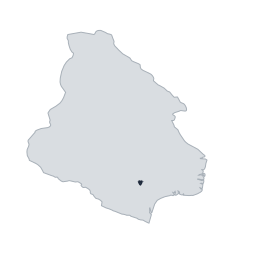 Ikere, Ekiti, Nigeria (highlighted), rotated 289°
{"feature_id": "59680162B84830000650933", "entity_name": "Ikere", "entity_type": "district", "adm_level": 2, "iso_a3": "NGA", "parent_name": "Nigeria", "parent_adm1": "Ekiti", "projection": "equal_earth", "projection_center": [5.272, 7.511], "detail": "fine", "context": "in_parent", "style": "filled", "palette": "slate", "viewbox_px": 256, "rotation_deg": 289, "n_neighbors": 0, "source": "geoboundaries", "source_scale": "gbopen_adm2", "svg_char_len": 4236}
<svg xmlns="http://www.w3.org/2000/svg" viewBox="0 0 256 256"><g transform="rotate(289 128 128)"><path d="M196.8,40.7L203.3,52.4L204.7,61.2L205.3,65.4L206.4,66.0L208.3,66.2L209.8,67.1L210.7,68.5L211.2,69.8L211.4,70.6L211.0,75.8L210.5,77.7L210.8,80.3L210.8,81.4L210.6,82.2L209.7,83.0L208.5,83.9L205.6,86.4L204.8,86.8L203.6,86.8L202.5,87.5L201.3,88.8L198.7,93.8L196.4,98.9L194.8,107.0L192.8,109.6L192.5,111.8L192.2,116.9L191.9,118.5L191.6,118.9L189.4,119.9L188.1,121.1L187.4,123.4L186.5,131.2L186.2,132.5L185.5,133.9L184.3,135.4L183.4,136.2L180.9,136.7L178.5,142.6L178.5,143.7L177.5,149.1L175.7,153.1L175.6,155.7L173.3,159.3L172.1,161.7L173.3,164.3L173.4,164.7L169.5,169.0L169.3,169.6L169.1,172.6L168.8,173.4L168.1,174.5L167.0,175.7L166.0,176.6L164.7,177.3L163.6,177.5L162.9,177.1L162.5,176.2L161.8,172.6L161.5,171.8L160.7,171.1L157.7,167.1L155.8,165.7L155.4,165.8L155.1,166.2L154.6,168.2L154.1,168.9L153.1,169.2L151.4,169.2L150.2,168.9L149.9,168.5L149.3,166.9L145.6,170.6L144.2,171.4L142.6,175.7L140.2,177.9L138.6,179.7L134.2,185.6L133.3,187.4L132.4,189.9L130.6,201.0L127.5,207.9L127.1,209.4L126.5,210.0L125.4,209.5L124.8,208.3L124.1,208.1L122.9,206.2L122.6,206.5L123.9,211.3L123.4,213.1L119.7,213.2L116.5,213.8L114.3,213.7L113.2,213.1L112.7,211.3L112.5,211.5L112.4,212.4L111.7,213.2L109.2,213.3L108.1,212.1L107.3,210.7L106.3,210.1L106.5,210.7L107.5,212.0L107.4,213.9L105.4,216.2L104.2,216.3L103.4,215.3L103.0,213.8L102.8,211.5L102.2,210.0L102.3,212.5L102.3,214.8L103.3,216.6L101.8,217.2L100.1,217.2L99.9,216.6L99.6,215.1L99.3,214.7L99.0,217.2L95.4,217.9L94.9,217.8L94.8,217.3L95.0,216.6L95.0,215.5L94.2,216.4L94.1,218.1L93.6,218.4L92.2,218.2L90.8,217.3L88.3,215.0L85.4,211.4L84.9,209.8L84.0,207.8L82.5,202.3L82.8,202.0L83.5,202.3L83.8,201.8L82.6,201.4L82.3,201.0L82.2,199.8L82.3,198.3L84.1,197.6L84.6,196.7L84.8,195.8L82.5,197.1L80.4,195.6L79.9,194.6L80.1,193.9L82.6,193.9L83.5,193.1L83.0,192.9L82.0,192.9L81.7,192.5L81.7,191.3L81.4,191.6L81.0,192.6L79.5,193.3L78.7,192.6L78.6,190.9L78.4,190.2L77.7,189.6L75.1,185.3L72.0,181.7L69.1,179.2L64.8,178.0L55.8,178.1L55.3,177.7L55.9,177.1L56.7,176.8L59.6,174.7L59.1,174.5L56.1,175.7L55.0,175.9L53.7,178.3L44.9,178.8L44.9,177.7L45.3,174.5L45.8,172.3L45.2,169.7L45.1,167.2L45.5,166.5L45.6,165.6L45.5,159.4L46.0,158.5L46.0,157.9L45.1,155.2L45.1,153.2L44.9,151.3L44.6,150.4L45.0,142.8L44.9,141.0L45.2,139.6L45.4,136.4L45.3,133.2L45.9,128.2L49.7,127.5L50.7,125.5L51.2,123.1L51.0,120.6L52.2,118.4L53.7,116.5L53.7,114.4L54.1,113.8L54.8,113.3L55.8,113.0L56.9,112.0L57.6,110.2L58.2,107.2L57.2,105.2L57.2,104.7L57.6,103.6L58.2,102.6L58.7,102.2L59.8,102.5L60.1,102.0L60.8,98.8L60.8,97.9L59.8,95.8L59.2,89.9L58.9,89.2L58.1,88.1L56.0,84.0L56.1,82.1L57.0,79.6L57.5,78.4L58.3,77.7L58.5,77.1L58.3,76.4L57.9,75.9L57.8,74.8L58.2,73.2L58.1,71.5L58.3,62.7L60.0,61.0L62.5,58.1L63.8,55.1L64.4,52.9L65.3,45.3L66.6,44.5L69.1,41.8L72.5,40.2L74.7,39.7L78.5,40.0L80.5,39.7L82.2,38.2L82.9,37.8L84.0,37.6L93.6,41.5L94.5,41.3L95.2,41.6L96.4,42.6L99.3,46.2L102.2,51.9L103.2,53.1L104.1,53.7L105.0,54.0L105.8,53.9L106.5,53.4L107.4,52.3L108.8,51.8L110.0,51.9L115.9,47.6L116.5,47.5L120.2,48.5L125.2,52.8L129.4,55.6L132.2,56.6L135.6,57.2L141.4,57.4L145.7,51.4L147.3,50.0L149.3,48.8L153.3,47.7L160.0,46.9L166.3,47.3L170.3,48.3L174.4,50.3L176.2,52.2L179.0,52.5L181.0,52.1L181.6,50.3L183.6,47.8L186.6,45.5L189.1,43.9L191.1,43.2L192.9,41.3L194.3,40.8L196.8,40.7ZM109.5,215.8L108.1,216.3L107.2,216.2L108.4,213.7L109.1,214.2L109.9,214.5L109.5,215.8Z" fill="#d9dde1" stroke="#a8b0b8" stroke-width="1"/><path d="M81.6,158.6L81.6,158.4L81.6,158.2L81.4,158.1L81.5,158.1L81.4,158.1L81.5,158.0L81.4,158.0L81.5,158.0L81.4,157.9L81.5,157.9L81.4,157.9L81.4,157.7L81.4,157.4L81.4,157.2L81.4,156.9L81.5,156.9L81.5,156.7L81.6,156.4L81.6,156.2L81.5,155.9L81.4,155.9L81.2,155.8L80.9,155.8L80.7,155.8L80.6,156.0L80.5,156.3L80.4,156.4L80.4,156.5L80.2,156.5L80.1,156.4L80.1,156.2L79.9,156.3L79.9,156.2L79.8,156.3L79.7,156.3L79.6,156.5L79.4,156.7L79.4,156.8L79.1,157.0L78.9,157.2L78.8,157.4L78.7,157.4L78.6,157.5L78.3,158.2L78.4,158.3L78.5,158.3L78.8,158.4L79.0,158.5L79.4,158.5L79.5,158.5L79.8,158.6L80.0,158.6L80.3,158.7L80.5,158.7L80.8,158.6L81.0,158.6L81.3,158.6L81.5,158.5L81.6,158.6Z" fill="#64748b" stroke="#1e293b" stroke-width="1.5"/></g></svg>